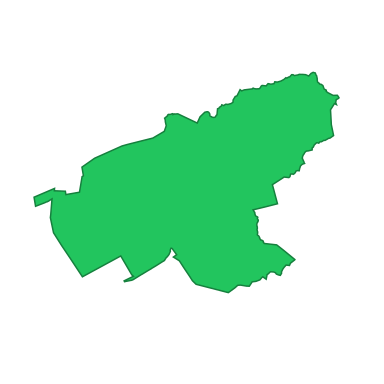 the district of Villaldama, Nuevo León, Mexico, rotated 263°
{"feature_id": "50627088B63922247713166", "entity_name": "Villaldama", "entity_type": "district", "adm_level": 2, "iso_a3": "MEX", "parent_name": "Mexico", "parent_adm1": "Nuevo León", "projection": "robinson", "projection_center": [-100.368, 26.476], "detail": "fine", "context": "isolated", "style": "filled", "palette": "green", "viewbox_px": 384, "rotation_deg": 263, "n_neighbors": 0, "source": "geoboundaries", "source_scale": "gbopen_adm2", "svg_char_len": 5390}
<svg xmlns="http://www.w3.org/2000/svg" viewBox="0 0 384 384"><g transform="rotate(263 192 192)"><path d="M121.2,72.9L137.2,113.5L117.0,122.2L115.5,123.6L112.1,113.8L111.2,114.1L111.4,116.2L111.4,116.3L111.5,117.7L111.5,117.8L111.7,120.4L111.7,121.0L111.9,122.0L112.2,123.0L116.5,132.3L116.5,132.5L116.7,132.9L119.2,138.4L120.7,141.9L120.9,142.4L121.1,142.6L122.0,144.7L123.4,147.8L126.2,153.7L127.4,156.4L127.7,156.6L128.1,156.7L128.9,157.6L130.0,158.4L130.8,159.7L131.3,160.1L132.7,161.5L135.9,163.4L136.6,163.2L138.2,163.9L138.8,164.4L138.4,165.3L137.7,165.8L137.2,166.0L133.3,168.2L133.2,168.2L131.6,169.1L129.7,165.6L125.4,170.9L125.3,171.0L124.6,171.4L122.1,172.6L118.4,174.4L114.2,176.5L108.7,179.3L103.9,181.6L99.9,184.8L87.7,215.8L91.7,223.0L93.8,226.0L93.7,228.7L92.0,234.5L91.5,237.4L95.5,240.8L95.5,244.5L96.5,248.7L98.4,250.7L98.5,250.8L99.2,251.9L96.4,255.0L100.9,256.5L101.5,257.8L102.4,258.9L102.9,259.6L103.3,260.4L102.9,261.7L102.8,263.0L101.7,265.0L100.3,265.7L99.2,267.6L98.5,269.5L100.4,271.0L101.8,271.1L104.2,272.6L105.9,274.1L107.2,275.6L108.0,276.5L107.2,279.8L109.3,281.0L112.1,285.7L112.4,285.9L123.6,275.2L129.2,269.6L131.9,258.3L131.9,258.0L132.1,257.5L132.7,257.1L132.8,257.1L133.0,257.0L133.1,256.8L133.2,256.7L133.3,256.7L133.6,256.7L133.8,256.8L134.0,256.8L134.2,256.7L134.3,256.7L134.5,256.7L134.9,256.4L135.0,256.3L135.0,256.2L135.2,255.8L135.3,255.8L135.4,255.7L135.6,255.6L135.7,255.4L135.8,255.2L135.8,254.7L136.0,254.4L136.3,254.3L136.4,254.2L136.5,254.1L136.9,254.0L137.1,253.9L137.5,253.6L137.8,253.5L138.2,253.6L138.4,253.6L138.9,253.4L140.0,253.0L140.4,252.7L141.2,251.8L141.6,251.6L143.0,252.1L143.8,252.1L144.0,252.3L144.3,252.3L145.0,252.2L145.6,252.0L145.9,252.1L146.0,252.1L146.4,252.0L146.6,251.9L146.9,252.0L147.1,252.0L147.3,252.2L147.6,252.4L147.8,252.4L148.0,252.4L148.3,252.3L149.1,252.6L149.3,252.6L149.6,252.5L149.9,252.4L150.1,252.3L150.2,252.2L150.3,252.2L150.5,252.3L150.8,252.3L151.0,252.4L151.3,252.3L151.5,252.3L151.8,252.4L152.1,252.4L152.4,252.5L152.8,252.6L153.0,252.7L153.5,253.0L153.8,253.2L154.0,253.5L154.4,253.7L154.5,253.7L154.5,253.8L154.8,254.0L155.2,254.1L155.4,254.1L155.7,254.1L155.9,254.2L155.9,254.3L156.0,254.3L156.1,254.2L156.4,254.2L156.5,254.2L157.0,253.9L157.4,253.7L157.5,253.6L158.1,253.8L158.3,253.9L158.5,254.0L158.8,254.2L159.0,254.2L159.4,253.8L159.6,253.6L159.8,253.2L160.1,252.8L160.4,252.4L160.6,252.2L160.8,252.1L161.1,252.1L161.4,252.0L161.5,252.0L161.9,251.9L162.3,251.8L162.6,251.7L162.8,251.7L163.1,251.7L163.2,251.8L163.3,251.9L163.5,251.9L163.9,251.8L164.3,251.7L164.6,251.5L164.9,251.2L165.0,251.1L165.9,251.0L166.1,250.9L166.3,250.9L166.4,250.7L166.5,250.7L166.9,250.5L167.2,253.4L168.3,262.9L169.9,275.4L189.5,272.7L195.6,285.3L194.5,289.9L195.3,291.1L197.7,292.0L197.7,293.8L197.2,294.6L197.8,295.9L198.8,297.0L199.5,297.4L200.1,297.8L200.4,299.1L200.0,301.0L202.2,301.7L203.4,302.3L204.6,302.9L204.9,303.1L205.2,303.6L205.8,304.4L206.0,304.7L206.3,305.6L206.6,307.2L207.5,306.8L207.9,306.8L208.2,306.8L208.7,306.6L209.5,306.4L210.3,306.1L210.6,306.0L210.9,306.0L211.9,305.6L212.1,305.6L212.5,305.7L213.4,306.0L214.1,306.3L214.3,306.4L215.0,306.8L216.2,307.9L217.2,308.6L217.7,309.0L218.7,310.5L218.6,312.1L219.1,316.4L220.7,316.6L221.0,316.6L221.8,317.9L222.8,318.5L223.6,318.9L225.7,321.6L225.5,322.7L225.0,323.8L226.2,324.9L226.1,326.6L226.7,328.1L227.2,329.0L227.0,330.2L227.8,332.3L228.6,334.0L228.7,335.6L230.8,339.4L241.9,338.5L256.7,339.5L262.4,344.2L261.2,346.0L263.2,345.5L266.1,346.4L266.9,348.5L267.4,349.3L267.7,349.4L270.3,348.1L270.7,343.8L274.0,339.0L275.5,337.5L276.7,337.7L278.1,335.7L281.7,334.9L283.1,333.4L283.6,331.8L284.4,331.5L285.7,330.1L287.5,329.9L289.4,330.1L292.4,329.8L293.0,329.3L295.1,328.9L296.0,326.8L295.2,324.6L292.9,322.0L294.6,319.1L295.2,316.3L295.7,312.7L295.3,311.4L295.1,307.8L296.1,306.6L296.3,305.2L294.3,302.9L294.4,302.2L293.5,299.9L294.0,299.1L292.6,297.1L291.3,293.8L290.7,290.0L291.3,287.6L289.5,286.6L289.4,283.3L290.0,281.7L290.3,280.7L288.3,278.5L289.2,274.6L288.7,273.6L287.1,272.4L286.3,271.2L286.5,268.1L287.2,266.0L287.7,265.3L287.0,264.4L287.0,258.5L287.0,256.3L286.3,253.6L287.7,252.2L282.0,248.4L281.5,246.5L279.8,245.2L278.3,244.0L276.2,243.7L275.1,241.8L274.5,238.1L274.8,237.5L275.0,236.0L273.9,234.1L274.9,232.2L273.6,231.4L273.2,230.6L272.8,229.6L271.8,228.9L271.5,227.5L265.6,226.2L265.2,225.5L264.7,225.1L263.6,224.3L263.4,223.5L263.4,222.4L263.8,221.1L264.4,220.5L264.8,219.7L265.1,219.3L265.6,219.0L266.0,219.0L266.5,219.1L267.1,219.2L268.2,218.8L269.2,218.2L269.6,217.6L269.8,217.1L269.8,216.2L269.6,214.4L265.7,209.2L259.8,205.6L271.3,187.5L271.3,187.4L271.4,185.7L271.4,185.0L271.5,184.2L271.4,183.7L271.5,183.8L271.7,183.7L271.7,182.5L272.1,182.2L272.0,181.5L271.7,180.4L271.7,179.2L271.9,178.0L271.3,177.2L271.0,177.0L270.7,176.8L270.4,176.8L269.6,175.4L269.5,175.2L269.3,174.9L269.0,174.5L268.6,173.8L266.9,174.2L264.8,174.1L260.9,174.5L255.6,171.9L250.3,159.7L247.6,138.0L247.0,133.3L246.2,128.1L237.4,99.5L230.1,85.8L221.3,86.2L220.7,84.8L205.5,80.3L204.8,66.5L208.2,66.4L210.0,55.5L212.3,56.0L206.1,34.6L203.6,34.7L196.9,35.0L199.2,44.2L199.4,44.9L199.6,45.5L199.8,46.0L199.9,46.3L199.9,46.6L199.9,47.0L200.0,47.2L200.3,48.1L200.4,48.4L200.6,48.8L201.0,49.6L201.2,50.0L202.2,52.2L187.1,49.1L183.8,48.3L168.4,49.6L154.5,56.2L141.3,62.9L121.2,72.9Z" fill="#22c55e" stroke="#15803d" stroke-width="1.5"/></g></svg>